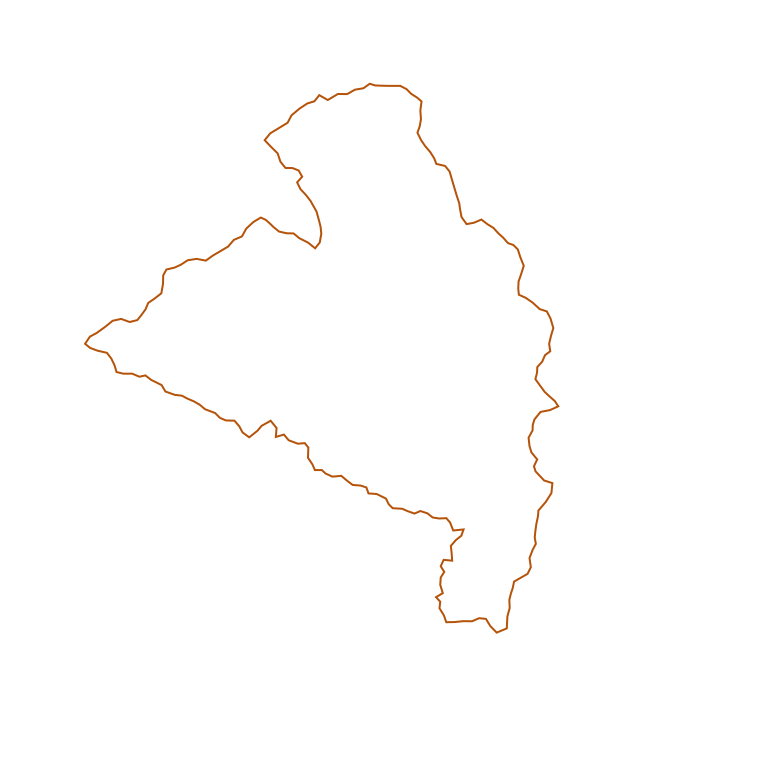 outline of Rio Preto, Minas Gerais, Brazil, rotated 51°
{"feature_id": "56859067B48154724498431", "entity_name": "Rio Preto", "entity_type": "district", "adm_level": 2, "iso_a3": "BRA", "parent_name": "Brazil", "parent_adm1": "Minas Gerais", "projection": "natural_earth1", "projection_center": [-43.874, -22.05], "detail": "fine", "context": "isolated", "style": "outline", "palette": "amber", "viewbox_px": 768, "rotation_deg": 51, "n_neighbors": 0, "source": "geoboundaries", "source_scale": "gbopen_adm2", "svg_char_len": 3165}
<svg xmlns="http://www.w3.org/2000/svg" viewBox="0 0 768 768"><g transform="rotate(51 384 384)"><path d="M119.4,323.3L129.0,322.5L137.8,321.5L146.1,324.6L154.1,324.6L158.6,319.2L164.3,316.0L171.4,317.1L172.6,324.6L180.0,326.3L188.4,325.7L195.6,325.9L207.5,327.9L216.0,331.6L222.0,334.4L227.8,338.2L233.6,344.9L235.2,352.1L226.5,354.0L217.2,358.1L210.1,359.5L205.5,364.9L199.5,369.6L192.5,371.1L187.3,371.7L182.0,372.6L177.1,375.0L175.9,383.6L176.6,393.4L179.9,401.5L177.5,410.0L179.1,418.7L177.7,428.2L176.5,436.0L176.0,444.8L168.8,450.9L164.3,458.7L163.4,467.1L161.7,473.6L158.1,481.0L160.6,487.2L167.2,492.8L173.4,500.0L173.2,508.8L172.6,516.2L175.9,522.3L177.7,529.1L179.1,535.5L175.7,542.7L168.0,547.3L164.1,555.1L164.1,564.8L163.5,575.4L162.1,582.7L164.6,591.0L171.0,589.7L177.9,585.6L185.4,579.7L192.6,579.9L199.7,581.6L206.4,584.3L211.8,580.2L217.5,573.2L224.4,569.5L227.2,564.0L234.2,562.4L244.9,557.5L252.3,558.6L260.8,553.4L265.9,548.4L271.6,546.0L277.8,542.7L284.4,540.2L290.9,539.0L300.3,533.5L307.1,532.8L312.8,529.8L318.4,523.3L325.8,523.1L332.6,524.4L340.6,522.3L340.7,511.8L339.5,505.4L341.2,495.2L350.6,495.2L357.1,501.4L360.3,493.6L367.7,493.5L376.2,488.5L380.1,482.8L385.8,482.8L393.5,489.5L401.4,490.2L407.4,491.9L411.7,486.5L416.9,485.7L423.5,482.4L428.5,475.0L435.7,473.6L442.7,471.9L448.2,466.1L453.3,462.8L459.3,464.9L464.9,458.9L474.3,454.6L480.5,456.0L486.0,455.4L492.5,448.3L497.6,445.7L503.9,441.8L505.6,435.7L511.9,431.6L518.3,430.2L523.2,425.8L527.5,420.0L533.2,419.8L541.4,422.4L547.1,413.7L550.6,419.4L550.5,426.2L551.9,434.0L557.3,437.4L564.2,442.2L558.2,448.3L561.3,454.6L567.9,455.4L570.1,461.7L575.5,466.7L583.5,469.9L582.4,477.7L588.6,477.3L593.2,482.0L601.6,483.1L608.3,485.5L613.4,479.0L618.3,471.5L623.8,464.9L625.9,457.4L630.7,452.6L638.9,453.7L648.1,452.9L651.2,442.4L642.3,434.4L637.2,427.3L630.7,422.5L626.8,417.4L623.6,412.4L619.4,407.2L620.7,399.2L621.9,391.9L618.8,385.2L610.8,380.4L606.3,372.6L603.8,366.6L598.2,363.5L593.7,359.1L588.4,353.4L583.8,347.7L579.5,343.6L577.5,332.7L574.1,322.5L567.0,315.5L559.7,320.3L552.5,320.8L547.2,321.2L542.3,319.2L539.0,312.4L530.1,312.5L523.8,310.0L516.7,305.4L513.6,297.8L509.4,294.1L506.2,289.4L504.2,279.9L508.7,271.5L511.0,262.6L504.8,262.0L496.9,263.3L491.3,264.1L483.1,263.7L475.5,263.3L471.5,257.9L467.3,254.2L466.2,247.0L462.9,240.7L463.2,234.2L456.7,230.4L451.3,223.4L447.1,217.2L437.7,213.3L430.0,211.8L423.7,215.9L414.6,217.2L406.3,219.6L399.5,223.0L394.3,219.6L389.0,214.9L385.0,208.4L380.1,201.0L371.1,198.2L363.6,195.3L357.4,196.0L352.5,199.0L345.1,199.3L338.9,200.3L331.6,200.7L325.1,203.0L317.5,204.8L315.3,212.6L311.7,219.2L303.1,218.7L296.2,215.0L290.9,211.8L283.5,209.0L276.4,206.1L269.0,203.0L260.1,199.3L253.0,199.3L245.9,204.8L240.3,203.0L233.1,202.1L224.9,202.3L217.8,201.7L209.8,199.9L206.1,193.9L201.3,188.5L194.4,183.7L188.0,177.0L182.4,178.0L175.4,180.3L169.1,180.9L162.6,183.7L156.3,191.5L150.8,198.0L146.4,203.0L141.7,206.1L141.2,213.9L137.0,221.3L135.5,230.2L129.6,237.3L127.9,249.0L118.8,252.5L120.5,260.2L117.7,267.1L116.8,276.6L117.0,286.8L120.3,294.5L119.0,304.3L117.6,314.5L119.4,323.3Z" fill="none" stroke="#b45309" stroke-width="2"/></g></svg>